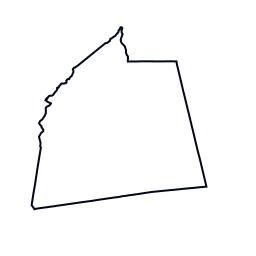 outline of Igembe North, Eastern, Kenya, rotated 101°
{"feature_id": "3690345B95296214722814", "entity_name": "Igembe North", "entity_type": "district", "adm_level": 2, "iso_a3": "KEN", "parent_name": "Kenya", "parent_adm1": "Eastern", "projection": "mercator", "projection_center": [37.925, 0.489], "detail": "fine", "context": "isolated", "style": "outline", "palette": "ink", "viewbox_px": 256, "rotation_deg": 101, "n_neighbors": 0, "source": "geoboundaries", "source_scale": "gbopen_adm2", "svg_char_len": 4290}
<svg xmlns="http://www.w3.org/2000/svg" viewBox="0 0 256 256"><g transform="rotate(101 128 128)"><path d="M225.6,204.4L224.8,202.9L224.0,200.6L223.5,199.2L222.9,197.5L221.1,192.1L220.8,191.2L220.6,190.7L219.1,186.3L219.0,185.7L218.2,183.8L217.3,181.1L209.7,159.3L206.3,149.2L204.6,144.6L204.2,143.7L204.0,142.9L203.0,140.1L200.8,133.8L198.6,127.4L197.0,122.7L196.6,121.9L196.2,121.0L195.9,120.1L195.4,118.4L193.7,113.7L192.2,109.2L190.9,105.5L187.0,94.6L186.0,91.6L184.6,86.9L184.1,85.3L183.1,82.0L178.9,67.8L177.3,62.6L175.3,55.8L174.3,52.3L172.5,46.4L170.6,39.8L160.9,44.2L147.5,50.3L146.9,50.5L146.0,51.0L144.2,51.8L140.9,53.4L136.1,55.7L117.7,64.0L116.5,64.6L105.7,69.5L92.1,75.8L86.8,78.2L81.0,80.9L63.5,88.8L58.6,91.0L56.3,92.1L53.4,93.1L54.4,99.0L56.3,108.0L59.0,122.5L60.2,128.5L60.6,130.2L60.9,131.6L61.9,136.6L62.8,140.8L62.4,141.0L62.0,141.0L61.6,141.1L61.0,141.1L60.3,141.2L59.9,141.3L59.3,141.4L58.2,141.7L57.7,141.8L57.4,142.1L56.6,143.1L56.1,143.4L55.7,143.6L54.8,144.2L54.2,144.4L53.7,144.6L52.6,144.7L52.0,144.8L51.6,145.0L49.9,145.9L49.4,146.2L48.8,146.5L48.4,146.8L48.0,147.3L47.7,147.8L47.4,148.1L47.0,148.8L46.7,149.3L46.2,149.8L45.9,150.2L45.4,150.8L44.8,151.2L44.2,151.5L43.8,151.6L43.2,151.9L42.5,152.0L41.9,151.9L41.0,151.8L40.3,151.7L39.3,151.6L38.6,151.5L37.9,151.4L37.4,151.3L37.0,151.2L36.6,151.3L36.2,151.7L35.9,152.1L35.6,152.3L35.3,152.5L34.9,152.6L34.5,152.7L34.1,152.8L33.8,152.9L33.3,152.9L32.6,152.8L32.1,152.7L31.5,152.6L31.1,152.6L30.7,152.9L30.4,153.4L30.4,154.2L30.7,154.6L31.1,154.7L31.8,154.8L32.4,154.9L32.9,155.0L33.4,155.4L33.6,155.8L34.2,155.8L34.9,155.7L35.4,155.7L35.8,155.8L36.2,156.1L36.6,156.2L37.1,156.4L37.4,156.9L38.1,157.1L38.5,157.4L38.9,157.7L39.4,157.8L39.8,157.9L40.2,158.2L40.8,158.8L41.0,159.3L41.3,159.6L41.7,159.9L42.0,160.2L42.3,160.5L42.7,160.8L43.2,161.2L43.4,161.7L43.8,162.2L44.2,162.4L44.7,162.3L45.1,162.4L45.7,162.4L46.1,162.5L46.4,163.0L46.9,163.4L47.5,163.7L47.8,164.2L48.1,164.6L48.6,164.8L48.7,165.4L48.9,165.9L49.1,166.4L76.2,189.1L77.8,190.6L78.3,191.0L78.7,191.3L78.9,192.1L79.3,192.6L79.7,192.8L80.2,193.0L80.6,193.3L80.9,193.4L81.5,193.2L82.0,192.6L82.6,192.4L83.2,192.4L83.8,192.3L84.3,192.4L84.8,192.6L85.2,192.7L86.0,192.8L86.5,192.9L87.2,193.0L87.8,193.3L88.4,193.8L88.9,194.2L89.3,194.5L89.7,194.7L90.2,194.9L90.7,194.9L91.2,195.0L91.2,195.4L91.2,195.8L91.3,196.2L91.5,196.6L92.1,196.8L92.5,197.2L92.9,197.3L93.2,197.6L93.6,197.4L94.1,197.2L94.5,197.1L94.9,197.0L95.4,197.2L95.6,198.0L95.9,198.3L96.2,198.4L96.5,199.0L96.7,199.6L96.7,200.2L96.9,200.5L96.9,201.2L97.0,201.7L97.3,202.1L97.7,202.3L98.2,202.3L98.6,202.5L99.0,202.8L99.3,203.2L99.7,203.4L100.3,203.6L100.7,203.9L101.1,203.8L101.4,203.7L101.7,203.9L101.9,204.3L101.8,204.8L102.0,205.2L102.5,205.2L103.1,205.0L103.5,204.9L104.1,205.0L104.7,205.2L105.1,205.4L105.5,205.6L105.9,205.9L106.3,206.3L106.7,206.5L107.0,206.6L107.4,206.7L107.8,206.9L108.3,207.2L108.7,207.4L109.2,207.6L109.8,207.8L110.2,208.1L110.6,208.6L110.8,209.1L110.9,209.6L111.2,210.2L111.3,210.8L111.5,211.2L111.7,211.6L112.0,211.9L112.4,212.1L112.9,212.2L113.3,212.5L114.1,212.7L113.9,213.1L114.3,213.5L114.8,213.6L115.3,213.9L115.6,213.7L116.0,214.2L116.5,214.3L116.7,213.7L116.9,213.1L117.2,212.7L117.5,212.4L118.6,208.3L119.1,208.4L119.5,208.6L119.9,209.0L120.7,209.3L121.1,209.7L121.4,210.1L121.7,210.6L122.1,211.1L122.5,211.6L123.0,212.0L123.4,212.3L123.7,212.5L124.4,212.4L124.9,212.4L125.4,212.3L125.9,212.2L126.3,212.1L126.7,212.0L127.3,211.8L127.9,211.6L128.4,211.6L128.9,211.6L129.3,211.5L129.8,211.6L130.4,211.8L130.8,211.9L131.4,211.9L132.0,212.0L132.4,212.3L132.8,212.6L133.5,212.8L133.9,213.0L134.7,213.3L135.2,213.5L135.7,213.7L136.2,213.9L136.6,214.4L136.9,214.7L137.3,215.1L137.9,215.6L138.4,215.8L138.7,215.8L139.5,216.0L140.4,216.2L140.8,215.8L141.2,215.4L142.2,214.2L142.5,213.6L142.8,213.2L143.3,213.1L143.9,213.0L144.5,212.3L144.8,212.0L145.7,210.9L146.1,210.8L146.7,210.7L147.3,210.6L149.5,212.4L153.2,213.6L153.6,213.6L154.1,213.5L154.5,213.3L157.4,211.9L158.0,211.6L158.4,211.4L159.1,211.1L159.6,211.0L160.2,210.9L160.6,210.8L162.6,210.8L164.0,209.7L164.6,209.8L167.3,209.7L171.4,209.6L181.3,209.3L189.5,209.0L191.8,208.9L198.3,208.6L211.2,208.3L218.9,208.0L222.1,207.9L225.0,204.8L225.6,204.4Z" fill="none" stroke="#020617" stroke-width="2"/></g></svg>